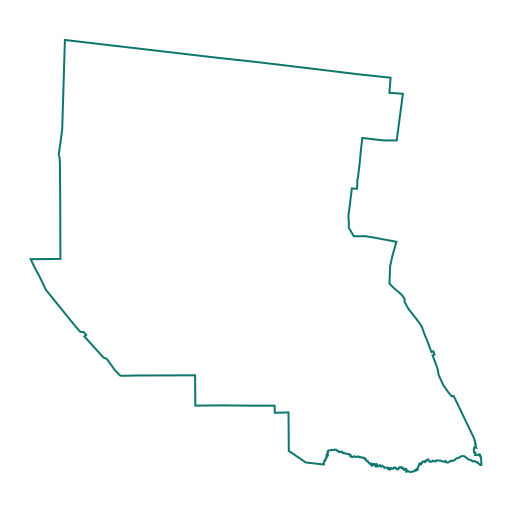 the district of Ischilín, Córdoba, Argentina
{"feature_id": "61730980B34793654756209", "entity_name": "Ischilín", "entity_type": "district", "adm_level": 2, "iso_a3": "ARG", "parent_name": "Argentina", "parent_adm1": "Córdoba", "projection": "albers", "projection_center": [-64.311, -30.414], "detail": "fine", "context": "isolated", "style": "outline", "palette": "teal", "viewbox_px": 512, "rotation_deg": 0, "n_neighbors": 0, "source": "geoboundaries", "source_scale": "gbopen_adm2", "svg_char_len": 5943}
<svg xmlns="http://www.w3.org/2000/svg" viewBox="0 0 512 512"><path d="M323.8,464.5L323.9,464.0L323.6,463.5L323.6,463.0L323.6,462.4L323.9,462.1L324.3,461.8L324.2,461.6L324.3,461.4L324.6,461.1L324.4,460.9L324.5,460.6L324.8,460.5L325.0,460.4L325.1,459.8L325.6,459.8L325.8,458.8L326.1,458.4L326.1,458.1L326.3,458.1L326.4,457.6L326.8,457.2L326.4,457.0L326.4,456.8L326.5,456.7L326.4,456.5L326.5,456.4L326.6,455.8L326.8,455.8L327.0,455.9L327.6,455.6L327.4,455.4L327.6,455.1L327.7,454.9L327.4,454.8L327.2,454.5L326.8,454.3L326.9,453.9L327.1,453.6L327.8,453.1L328.0,452.7L327.9,452.4L328.0,452.3L327.6,451.7L327.7,451.1L328.4,450.8L328.8,450.4L329.0,450.3L330.1,450.3L331.1,450.0L332.0,449.8L332.8,450.1L333.7,450.0L334.7,449.5L335.5,449.8L336.5,449.9L336.7,450.3L337.0,450.5L337.2,450.8L338.0,451.1L338.5,451.8L339.0,452.0L339.3,452.0L339.4,451.6L339.7,451.6L340.1,451.9L341.0,451.7L341.7,452.0L342.2,451.7L342.4,451.9L342.6,452.9L342.9,453.0L343.1,453.1L343.3,453.0L344.2,453.0L344.3,453.2L344.7,453.2L345.1,453.4L346.4,453.8L347.0,453.7L347.9,454.0L348.6,454.0L348.7,454.3L349.9,454.6L350.4,454.9L350.4,455.2L350.6,455.3L350.2,455.8L350.2,456.1L350.3,456.3L350.8,456.4L351.9,457.0L352.3,457.1L353.0,456.9L353.5,456.4L354.2,456.3L354.7,456.5L355.1,456.8L355.3,456.6L355.5,456.7L355.9,456.6L356.7,456.9L357.1,456.9L357.6,456.8L358.3,456.4L358.4,456.5L358.6,456.7L359.1,456.9L359.7,457.3L359.9,457.4L360.5,457.1L360.9,457.1L361.2,457.2L361.3,457.4L362.6,457.8L362.8,457.7L363.4,457.6L363.7,458.2L364.2,458.1L364.4,458.2L364.6,458.5L365.3,458.4L365.5,458.6L365.4,459.3L365.5,459.7L366.4,460.0L366.6,460.2L366.9,461.2L368.1,461.5L368.2,462.0L368.3,462.3L369.1,463.0L369.6,463.8L370.0,464.0L370.7,463.5L371.0,463.4L371.1,464.0L371.4,464.5L371.4,465.1L371.5,465.6L371.7,465.8L372.0,465.4L372.4,464.6L373.0,464.0L373.5,464.0L373.7,464.8L374.0,465.1L374.7,464.3L375.6,465.1L375.8,465.1L375.8,464.5L375.9,464.3L376.4,464.0L376.7,464.2L376.8,464.5L376.4,464.9L376.2,465.4L375.7,465.7L375.6,466.2L375.7,466.4L376.5,466.2L377.2,466.7L377.5,466.7L377.8,466.5L378.0,465.9L378.4,465.6L379.9,465.3L379.8,465.8L380.0,466.0L380.7,466.6L381.1,466.7L381.5,466.5L382.3,465.7L382.5,465.8L382.7,466.2L383.8,466.7L384.1,467.3L384.2,467.7L384.4,467.9L384.7,467.7L385.8,467.6L386.5,467.7L387.3,467.6L388.3,467.8L388.3,468.1L388.0,468.7L388.0,468.9L388.2,469.2L388.4,469.1L388.8,468.4L389.6,468.4L389.8,468.2L390.3,468.1L390.4,468.4L390.0,468.5L389.7,469.1L389.7,469.4L390.2,469.6L390.6,469.2L390.8,468.7L391.3,468.4L391.4,468.2L391.8,468.2L392.3,468.6L392.8,468.5L393.3,468.7L394.0,468.1L394.0,467.7L394.8,467.4L395.4,467.5L395.7,467.7L395.8,468.0L395.9,468.6L396.9,468.8L397.1,469.2L397.2,469.4L397.8,469.3L398.5,469.0L399.0,468.1L399.2,467.4L400.0,467.1L400.3,467.1L401.4,468.0L401.7,468.0L401.9,467.4L402.4,467.5L402.7,467.7L403.0,468.7L404.0,469.9L404.8,469.4L405.0,468.8L406.0,468.8L406.5,469.7L406.4,470.1L406.5,470.5L406.1,471.2L406.1,471.6L406.2,471.8L406.5,471.9L406.8,471.5L406.8,470.9L407.3,470.7L407.7,470.9L409.0,471.6L410.2,472.0L410.8,472.0L411.7,471.8L412.3,471.5L413.1,471.6L414.6,471.1L415.2,470.8L415.0,470.3L415.2,470.0L415.8,470.2L416.5,470.3L417.3,469.9L417.7,469.7L417.6,469.2L417.2,468.9L417.0,468.6L417.4,468.4L417.8,468.0L418.1,467.2L418.4,466.1L419.5,465.0L419.5,464.8L419.4,464.4L419.2,464.1L419.5,463.4L420.1,463.4L420.3,463.9L420.6,463.9L420.6,464.1L421.2,464.2L421.4,463.8L421.1,463.2L422.0,462.6L422.9,462.2L422.7,462.3L422.5,461.8L423.1,461.5L424.6,461.2L424.9,461.5L424.7,461.8L424.7,462.0L424.8,462.2L425.1,462.2L426.0,461.2L426.4,460.2L427.3,459.7L428.1,459.4L428.5,459.5L428.6,460.0L428.5,460.4L428.7,460.7L429.2,461.2L429.4,461.6L429.6,461.8L430.4,461.6L431.3,461.8L431.6,461.8L432.2,461.3L432.4,460.8L432.7,461.0L434.8,461.1L435.3,461.2L435.6,461.5L435.9,461.3L436.1,460.9L436.1,460.6L436.3,460.4L437.8,460.3L439.2,460.7L440.7,460.6L443.8,461.8L444.5,461.6L445.0,461.1L445.5,461.0L445.9,461.2L446.1,462.3L446.3,462.4L447.9,462.5L449.5,461.7L450.4,461.0L451.2,460.6L451.8,461.0L453.3,460.8L453.8,460.5L454.2,460.0L454.4,459.9L454.9,459.9L455.6,458.9L456.0,458.7L457.0,458.2L457.9,458.2L458.9,457.7L459.9,457.0L461.3,456.3L462.2,456.0L464.2,456.2L465.1,456.7L465.7,457.4L466.6,457.8L467.5,458.8L468.1,459.3L470.8,460.0L471.2,460.3L471.8,460.5L472.2,461.2L472.8,461.5L473.1,461.4L473.3,461.4L473.9,461.1L474.6,461.0L475.2,461.5L475.5,461.6L475.7,461.9L476.3,462.0L476.7,462.4L477.6,462.3L477.8,462.9L478.0,463.2L478.8,463.7L479.7,464.6L480.3,464.5L480.7,465.0L481.3,465.0L481.3,462.7L481.1,458.1L480.4,455.8L479.8,454.3L479.6,454.3L480.3,455.9L479.8,456.1L479.3,454.8L475.1,455.0L475.3,452.6L474.0,452.5L473.9,449.7L473.8,448.8L474.3,447.4L475.3,447.7L476.3,447.8L475.1,444.2L475.7,444.0L474.7,441.3L474.9,441.1L473.9,438.0L470.7,431.3L453.7,396.0L451.6,396.2L451.3,396.0L448.9,393.0L444.1,386.3L443.4,385.3L442.4,383.2L438.8,375.3L438.6,374.5L437.8,369.9L437.5,368.6L432.6,355.3L432.9,355.3L434.5,354.5L433.3,351.3L431.7,352.0L431.5,351.6L431.3,351.7L426.7,339.4L425.0,335.6L422.0,327.2L420.0,323.8L416.4,319.0L408.2,308.5L404.7,302.1L404.5,301.4L404.7,300.0L404.6,299.3L404.4,298.7L402.5,295.8L400.9,294.1L392.8,287.1L389.5,283.6L389.7,276.5L390.1,266.4L392.3,256.2L396.4,241.8L372.9,237.4L365.4,236.2L353.8,236.3L348.8,227.7L348.8,221.7L348.4,215.5L349.9,204.6L351.8,188.5L357.0,188.7L357.3,184.0L357.3,179.8L358.0,177.4L359.7,162.8L360.9,150.3L362.3,138.0L383.4,140.4L396.7,140.4L402.9,93.8L389.4,92.8L390.6,77.7L356.6,74.1L313.2,68.8L252.9,61.6L219.1,58.0L116.3,46.0L64.9,40.0L62.2,129.4L60.5,142.2L58.7,154.5L59.6,157.7L59.9,164.1L60.2,192.3L60.4,258.9L30.7,259.2L33.6,265.4L36.9,271.8L38.1,273.7L43.5,284.7L45.8,289.7L75.4,326.3L80.4,331.9L83.6,332.0L86.2,334.9L84.4,336.5L103.3,357.4L106.5,358.8L107.3,359.6L114.7,369.9L120.2,375.6L122.4,375.8L138.2,375.5L195.1,375.3L195.3,405.6L224.7,405.4L253.4,405.7L274.6,405.7L274.8,412.8L288.5,412.4L288.8,450.9L305.8,462.5L323.8,464.5Z" fill="none" stroke="#0f766e" stroke-width="2"/></svg>